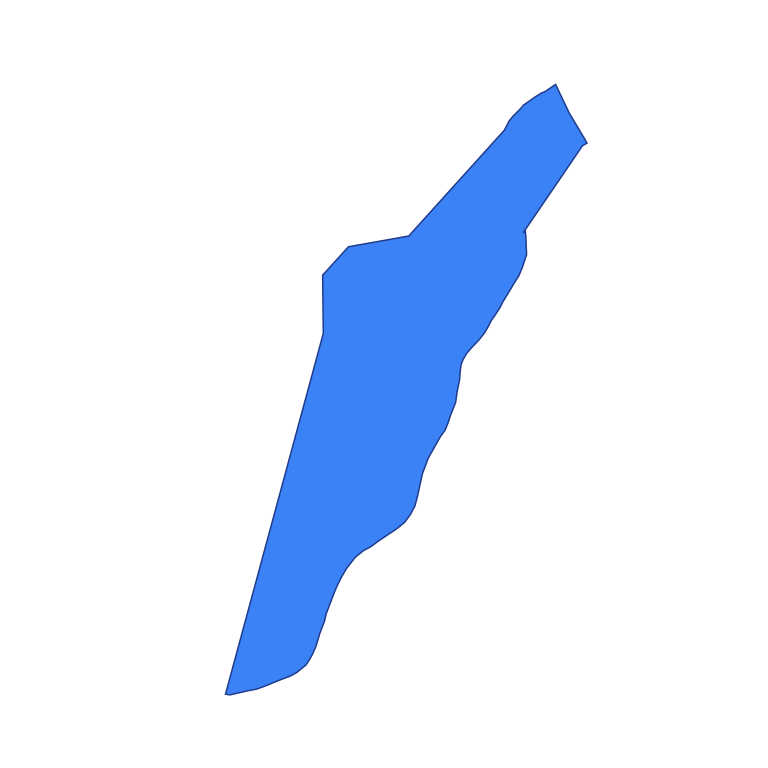 outline of New Village, Castries, Saint Lucia, rotated 129°
{"feature_id": "8701671B14881348545468", "entity_name": "New Village", "entity_type": "district", "adm_level": 2, "iso_a3": "LCA", "parent_name": "Saint Lucia", "parent_adm1": "Castries", "projection": "albers", "projection_center": [-60.985, 14.011], "detail": "fine", "context": "isolated", "style": "filled", "palette": "blue", "viewbox_px": 768, "rotation_deg": 129, "n_neighbors": 0, "source": "geoboundaries", "source_scale": "gbopen_adm2", "svg_char_len": 1179}
<svg xmlns="http://www.w3.org/2000/svg" viewBox="0 0 768 768"><g transform="rotate(129 384 384)"><path d="M724.8,312.0L722.6,308.1L708.5,297.1L701.2,290.9L693.2,286.1L681.2,279.6L669.9,273.0L663.3,270.3L651.5,267.8L646.0,268.3L639.1,269.5L630.9,271.7L618.3,276.9L605.7,281.0L598.9,284.3L580.1,290.5L571.2,293.2L561.4,295.4L551.1,297.0L536.9,297.3L526.7,295.2L518.8,291.9L509.9,289.6L499.1,286.3L488.9,283.1L478.6,280.9L469.1,281.3L459.4,283.2L449.7,287.5L442.3,291.3L429.5,297.7L420.3,300.7L414.4,302.8L399.9,305.3L389.0,307.1L381.7,307.4L373.1,310.0L366.8,312.5L353.3,316.7L344.2,322.2L332.8,328.1L324.9,333.6L320.1,336.4L315.3,337.9L308.2,339.0L300.9,338.8L289.4,337.9L280.0,338.1L273.2,339.3L266.8,340.6L260.5,341.0L251.9,341.9L245.5,343.3L237.9,344.3L229.1,345.5L225.6,346.1L215.0,347.3L213.0,347.9L205.8,350.0L201.5,351.7L193.7,354.6L188.5,359.2L186.3,361.2L180.4,366.3L176.2,370.4L178.9,371.0L73.8,379.7L69.1,377.8L67.6,381.3L56.7,410.9L43.2,439.2L55.5,442.9L58.7,444.8L65.5,447.1L73.9,449.5L79.4,451.1L83.2,451.1L95.0,452.3L100.7,452.3L110.9,450.2L253.4,457.9L299.7,498.0L338.0,500.2L382.9,463.0L724.8,312.0Z" fill="#3b82f6" stroke="#1e3a8a" stroke-width="1.5"/></g></svg>